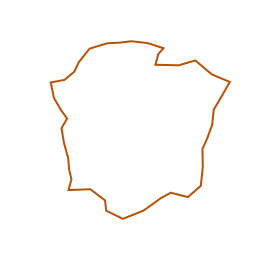 Strovolos, Nicosia, Cyprus, rotated 20°
{"feature_id": "46923920B23243787591714", "entity_name": "Strovolos", "entity_type": "district", "adm_level": 2, "iso_a3": "CYP", "parent_name": "Cyprus", "parent_adm1": "Nicosia", "projection": "mercator", "projection_center": [33.346, 35.13], "detail": "fine", "context": "isolated", "style": "outline", "palette": "amber", "viewbox_px": 256, "rotation_deg": 20, "n_neighbors": 0, "source": "geoboundaries", "source_scale": "gbopen_adm2", "svg_char_len": 623}
<svg xmlns="http://www.w3.org/2000/svg" viewBox="0 0 256 256"><g transform="rotate(20 128 128)"><path d="M39.8,111.6L48.1,125.1L59.2,134.3L67.5,139.9L65.6,151.0L73.0,164.0L82.2,177.0L86.9,187.2L92.4,195.6L93.3,206.7L113.6,198.4L131.2,203.9L135.8,213.2L154.3,215.1L170.9,200.2L182.9,182.6L190.3,174.2L207.9,172.4L216.2,157.5L211.6,139.0L205.1,122.3L206.0,111.1L206.0,96.3L202.3,81.4L205.1,66.6L207.9,49.9L188.5,49.0L168.1,41.5L154.3,51.7L132.1,59.2L131.2,48.0L134.1,40.9L117.3,41.5L101.6,45.3L90.6,50.8L79.5,55.5L64.7,66.6L59.2,83.3L58.2,93.5L51.8,104.6L39.8,111.6Z" fill="none" stroke="#b45309" stroke-width="2"/></g></svg>